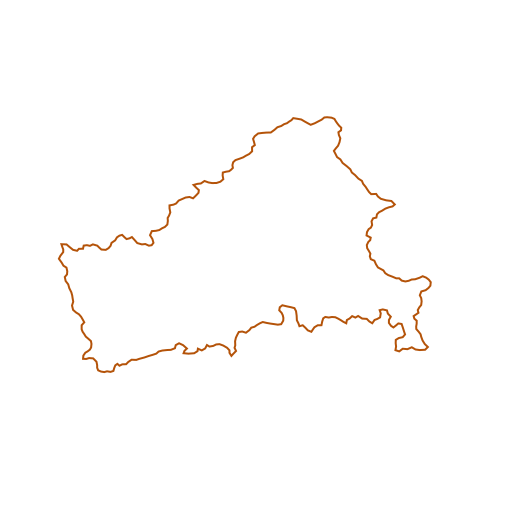 Divinópolis, Minas Gerais, Brazil (Natural Earth projection), rotated 106°
{"feature_id": "56859067B25101744312277", "entity_name": "Divinópolis", "entity_type": "district", "adm_level": 2, "iso_a3": "BRA", "parent_name": "Brazil", "parent_adm1": "Minas Gerais", "projection": "natural_earth1", "projection_center": [-44.923, -20.113], "detail": "fine", "context": "isolated", "style": "outline", "palette": "amber", "viewbox_px": 512, "rotation_deg": 106, "n_neighbors": 0, "source": "geoboundaries", "source_scale": "gbopen_adm2", "svg_char_len": 4894}
<svg xmlns="http://www.w3.org/2000/svg" viewBox="0 0 512 512"><g transform="rotate(106 256 256)"><path d="M319.4,233.5L317.6,231.3L317.4,227.4L317.0,223.5L316.5,219.9L316.0,216.1L314.6,213.0L310.7,212.0L308.0,212.6L305.6,213.9L303.6,215.7L301.8,218.7L298.7,219.0L296.1,217.1L295.9,212.4L295.6,208.4L295.5,204.7L298.0,202.3L302.1,200.5L306.5,199.0L309.1,196.6L311.5,194.9L309.7,192.0L311.4,188.7L313.2,185.7L313.6,181.9L311.0,181.1L308.4,180.2L305.6,177.6L304.5,174.0L300.8,174.3L297.4,174.2L295.5,172.6L295.1,169.1L293.7,166.2L293.0,162.9L293.6,159.6L294.3,156.8L295.2,153.9L295.8,150.7L292.5,151.0L290.3,148.8L287.3,147.0L287.8,143.5L285.5,141.3L286.9,136.7L285.9,132.2L287.7,129.0L288.6,125.7L284.8,124.4L283.2,122.2L280.8,119.8L276.7,120.3L274.0,122.2L272.4,119.4L272.2,115.1L275.0,113.4L277.2,109.7L280.8,110.6L283.7,109.8L285.9,107.0L286.8,104.2L284.2,102.3L281.6,100.6L281.2,97.3L284.5,95.0L288.0,92.7L290.3,91.1L293.6,92.6L295.5,96.1L298.1,98.5L301.3,97.7L304.4,96.4L308.1,96.0L308.2,92.0L304.7,89.4L303.8,84.7L300.8,81.1L301.9,76.9L301.3,72.7L299.5,67.6L296.1,65.7L294.1,69.5L291.3,72.6L288.0,75.0L285.9,76.2L284.0,78.7L282.0,81.8L279.6,82.6L276.8,82.9L273.9,83.7L272.6,86.5L270.3,87.9L267.9,85.9L265.8,84.2L263.4,85.6L260.4,84.9L257.6,83.7L253.9,84.3L250.9,85.6L248.6,87.7L244.5,87.3L242.1,83.5L239.2,81.4L236.5,80.2L233.0,80.8L231.1,83.4L229.9,86.5L229.5,90.2L231.7,92.6L234.5,96.6L235.7,99.9L237.7,102.3L239.3,105.4L239.5,109.1L238.0,112.2L238.8,115.0L238.3,119.0L237.9,123.8L236.9,127.0L234.7,129.6L233.4,135.6L230.9,138.4L227.9,140.9L227.4,144.8L224.9,146.5L222.2,146.7L220.1,148.8L217.8,151.3L214.9,152.5L211.5,151.9L209.3,150.6L206.7,150.8L205.8,155.4L202.4,155.9L199.1,155.1L197.1,153.4L194.2,152.9L190.8,154.5L187.5,153.8L185.9,150.9L182.6,151.2L180.0,149.8L177.8,147.4L174.8,144.7L172.5,141.6L170.7,138.4L168.2,136.8L165.8,141.0L166.6,146.2L166.6,151.8L165.2,155.2L163.2,157.6L164.8,162.3L163.4,164.9L161.4,167.3L159.3,169.7L157.1,172.9L154.6,174.9L153.4,178.9L150.9,183.1L149.3,186.9L146.7,189.2L144.7,193.4L142.7,198.4L139.9,201.5L138.6,205.3L135.9,207.8L133.5,210.1L130.7,209.0L127.4,207.5L123.5,207.1L119.6,207.4L116.8,209.7L114.3,210.9L111.8,208.9L109.2,209.4L107.8,212.1L106.2,214.3L104.5,216.4L102.6,218.4L102.2,221.5L103.0,225.9L104.0,228.5L106.9,230.5L109.7,233.5L112.2,236.1L114.8,239.6L114.2,242.4L113.3,246.3L112.3,250.1L112.7,253.9L113.2,258.2L115.7,259.4L117.8,261.3L119.8,262.8L121.5,265.3L124.1,267.6L126.3,270.9L129.6,273.0L133.2,275.8L134.5,280.0L135.9,283.7L137.6,287.7L141.3,290.3L144.2,291.1L146.7,289.5L149.7,287.7L152.5,289.8L156.4,288.6L159.9,290.7L162.4,293.4L164.7,295.5L167.0,298.6L169.5,302.2L172.2,303.8L175.2,303.7L177.7,302.5L179.9,303.7L181.9,305.2L183.2,308.0L184.9,310.9L187.7,310.3L191.2,308.6L194.4,310.7L196.7,314.1L198.0,318.3L198.4,321.9L198.1,326.2L201.5,329.0L202.8,332.2L204.9,335.6L206.8,332.3L208.4,329.1L211.1,328.7L213.3,329.8L215.5,331.0L217.9,332.4L217.6,336.2L219.2,339.8L221.2,342.2L224.0,345.6L227.6,347.3L229.4,349.5L231.2,353.1L234.2,352.2L237.7,350.4L241.1,350.7L243.8,351.4L246.6,350.4L250.2,349.9L253.2,351.6L255.2,353.9L257.7,356.1L259.4,359.2L260.8,363.0L265.2,363.6L268.3,360.2L271.6,358.2L274.4,359.3L275.6,361.8L275.0,365.7L276.3,368.9L276.3,373.7L274.1,377.1L272.0,380.5L273.9,382.5L275.4,385.1L274.2,387.6L272.6,390.5L274.1,392.9L276.4,394.8L279.8,395.7L283.2,398.5L286.3,398.6L289.1,399.9L291.5,402.1L292.4,406.4L291.2,408.9L289.8,411.4L289.8,416.0L292.0,418.4L292.2,421.5L293.5,424.5L296.7,424.3L297.9,428.2L300.3,429.4L300.5,433.6L298.8,437.6L297.1,441.3L298.3,446.3L300.8,444.6L302.8,443.1L305.4,442.4L309.7,444.1L313.0,444.7L316.0,440.9L318.4,438.4L319.4,435.0L322.7,433.2L325.8,432.6L328.9,434.0L332.5,432.1L335.0,428.7L338.4,426.6L341.8,423.5L344.6,421.8L346.8,420.8L350.3,419.1L354.3,419.2L358.2,417.0L359.9,413.4L360.8,410.2L362.6,407.4L365.0,404.9L367.1,402.8L370.6,404.5L374.5,403.4L376.6,401.8L378.3,399.7L380.4,397.4L381.8,394.3L383.3,391.2L385.9,389.9L389.4,389.3L391.8,389.9L394.0,391.5L396.0,393.4L399.3,394.5L402.5,393.9L401.8,390.9L400.1,388.3L399.3,384.3L401.6,380.2L404.7,378.6L407.2,377.9L409.4,376.2L409.8,373.1L409.4,369.8L407.9,367.4L407.5,363.9L405.8,361.4L402.7,361.4L399.9,361.1L397.9,359.5L399.1,357.0L397.0,354.7L395.8,351.0L393.1,349.6L390.0,347.0L388.9,342.5L387.0,339.8L384.3,335.3L381.7,331.6L379.5,328.1L377.3,324.9L374.7,323.3L372.7,320.0L370.8,315.3L369.7,312.0L367.0,308.5L363.8,308.6L361.1,305.9L361.8,301.5L364.0,296.9L366.8,298.6L369.4,298.8L368.5,294.0L366.5,288.6L363.6,286.0L361.1,286.3L361.7,282.1L358.9,279.4L355.1,278.6L355.9,275.8L354.2,272.3L352.0,269.9L350.8,266.8L351.1,262.8L352.2,258.5L354.0,255.5L356.4,254.8L358.8,252.1L356.5,251.0L352.8,249.0L350.2,251.3L347.6,251.3L343.7,252.6L340.1,252.8L337.1,252.3L333.8,251.6L332.4,248.4L332.5,244.5L329.0,241.9L326.2,240.8L324.4,237.9L322.1,236.1L319.4,233.5Z" fill="none" stroke="#b45309" stroke-width="2"/></g></svg>